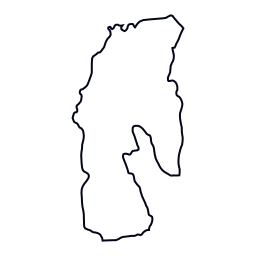 Tsamba-Magotsi, Ngounié, Gabon (Equal Earth projection)
{"feature_id": "22940354B73947944893462", "entity_name": "Tsamba-Magotsi", "entity_type": "district", "adm_level": 2, "iso_a3": "GAB", "parent_name": "Gabon", "parent_adm1": "Ngounié", "projection": "equal_earth", "projection_center": [10.858, -1.184], "detail": "fine", "context": "isolated", "style": "outline", "palette": "ink", "viewbox_px": 256, "rotation_deg": 0, "n_neighbors": 0, "source": "geoboundaries", "source_scale": "gbopen_adm2", "svg_char_len": 3884}
<svg xmlns="http://www.w3.org/2000/svg" viewBox="0 0 256 256"><path d="M183.4,28.3L181.7,26.2L178.7,23.4L176.0,20.2L174.0,17.9L172.6,15.9L170.5,15.4L169.1,16.1L167.7,16.8L166.3,17.7L164.5,18.1L162.0,18.4L149.6,19.4L143.2,20.1L140.0,21.4L138.4,22.7L137.0,24.3L135.9,26.0L135.0,27.3L134.2,26.4L133.0,24.2L132.1,24.0L130.2,24.1L128.6,24.7L127.8,26.3L127.3,28.5L126.0,30.2L124.6,31.1L123.2,30.5L121.5,29.4L121.2,27.4L121.6,26.6L122.5,25.4L120.9,25.7L119.1,25.5L117.9,24.7L115.9,24.8L114.8,25.6L114.1,27.2L113.4,28.4L112.0,29.1L111.2,28.7L110.8,27.4L110.0,26.8L108.4,27.4L108.2,28.6L109.3,30.1L110.2,31.3L110.5,32.7L110.6,34.9L110.0,36.2L108.6,37.7L107.2,39.3L106.0,41.5L105.1,43.9L104.7,45.2L104.0,47.3L100.3,52.2L98.0,52.7L96.8,53.8L94.4,55.6L93.2,56.3L92.1,58.5L91.8,63.9L91.8,67.4L91.8,72.6L91.1,75.1L89.2,80.4L87.6,84.5L86.5,86.1L84.7,87.7L82.8,89.1L81.0,89.6L80.2,90.4L79.7,92.6L80.3,94.0L81.3,94.7L81.7,96.4L81.3,99.2L80.7,101.5L78.7,103.9L77.4,105.0L76.5,106.4L76.7,107.9L77.3,109.8L77.2,111.3L76.6,112.2L75.2,112.3L74.1,113.1L73.3,115.3L73.0,116.4L72.6,118.0L74.0,121.7L75.1,122.5L76.7,123.2L77.7,124.1L78.6,125.9L79.6,127.5L81.4,128.4L82.9,130.3L83.5,132.9L83.8,135.4L83.7,137.4L83.5,139.4L82.8,142.2L82.2,144.6L82.1,146.9L81.9,149.4L81.5,151.7L81.2,155.1L81.6,163.2L82.1,167.6L82.7,169.8L83.6,171.1L85.0,172.0L86.9,173.0L88.3,174.2L88.9,175.8L88.6,177.7L87.7,179.2L86.4,181.2L84.6,183.3L82.5,186.8L81.7,189.5L81.5,192.9L81.9,199.0L82.0,202.3L82.4,206.2L83.4,211.2L83.8,214.5L84.1,226.2L85.1,228.3L86.8,229.1L88.1,229.7L89.4,230.0L91.0,230.8L92.3,231.8L93.5,232.3L95.4,232.5L96.7,232.8L98.8,233.6L100.2,234.6L101.2,236.3L102.1,237.9L102.4,239.3L102.6,240.6L106.9,240.4L112.9,240.2L115.8,240.2L118.8,239.0L120.5,237.8L123.2,236.9L128.4,236.3L131.4,235.9L134.6,235.9L136.4,235.1L137.3,234.6L139.0,234.6L140.3,235.1L141.6,234.6L143.3,232.4L144.9,231.1L146.5,230.2L149.0,230.0L149.0,229.0L149.3,227.6L149.8,226.1L150.7,225.1L151.5,223.3L152.0,221.8L152.3,220.3L152.4,218.4L152.1,217.0L151.4,216.2L150.3,215.7L149.0,214.9L148.6,213.7L148.2,211.2L147.5,208.1L146.1,205.5L144.9,202.3L143.9,200.2L143.0,198.2L142.2,196.5L141.7,194.9L141.1,193.2L140.5,191.1L140.2,189.1L139.7,187.4L138.9,186.4L137.9,185.3L136.9,184.2L135.8,182.7L134.8,181.4L134.4,179.9L134.0,177.3L133.5,175.3L132.7,174.1L132.0,173.7L131.1,173.5L129.7,173.4L128.5,173.0L127.5,169.3L126.0,165.0L124.0,160.0L123.2,157.9L123.0,156.0L123.4,154.2L124.9,153.7L126.8,153.8L128.1,154.2L128.9,154.6L130.1,154.4L131.0,153.4L132.0,151.7L132.9,150.9L135.1,150.6L137.3,150.3L138.4,149.7L138.6,148.6L138.3,146.8L137.4,145.4L136.8,143.2L135.5,139.3L134.7,136.7L133.7,134.2L132.8,132.0L132.6,130.2L132.7,128.0L133.4,126.5L135.2,125.8L137.3,125.8L139.3,126.2L141.0,127.3L142.3,128.3L144.0,130.3L145.6,132.3L146.7,133.9L148.0,134.7L149.2,135.2L150.0,135.6L150.8,137.8L151.1,141.1L151.7,143.5L152.5,144.7L153.2,146.0L153.9,148.2L154.3,151.3L154.8,154.4L155.5,157.7L156.6,160.5L158.5,163.9L159.3,165.7L160.5,167.8L162.3,170.1L164.3,171.8L166.3,173.0L168.1,174.0L170.3,175.4L172.0,175.6L173.4,175.4L176.7,175.5L179.3,175.3L179.4,175.0L179.6,173.2L179.7,169.4L179.0,166.6L178.5,163.5L178.5,159.6L178.9,155.3L179.6,152.4L180.4,149.2L181.3,146.6L182.1,144.8L182.6,140.9L182.7,137.8L182.0,133.3L181.8,130.7L181.8,127.6L181.3,125.5L180.5,121.5L180.1,118.7L179.9,115.4L180.1,113.1L180.5,111.7L181.3,109.2L182.1,106.4L182.4,104.0L182.0,101.8L181.1,99.6L180.0,97.7L179.0,96.7L177.7,96.1L176.7,95.1L176.3,93.4L176.4,91.6L177.3,89.9L177.4,88.0L177.2,86.0L176.5,83.9L175.6,82.4L174.5,81.4L173.7,80.9L172.6,80.5L170.9,80.7L169.6,81.0L168.5,81.0L168.0,80.1L167.9,78.1L168.2,76.7L169.3,74.5L170.1,72.3L170.5,68.2L170.7,66.0L171.9,62.8L172.9,61.3L173.6,59.0L173.9,55.9L173.4,52.9L172.9,51.0L172.5,48.9L172.4,48.0L173.7,47.7L174.5,47.7L175.4,46.1L176.2,43.9L178.6,39.4L179.8,36.1L181.2,32.7L183.4,28.3Z" fill="none" stroke="#020617" stroke-width="2"/></svg>